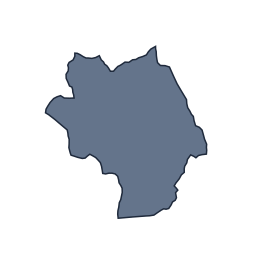 Monte Mor, São Paulo, Brazil, rotated 206°
{"feature_id": "56859067B95842262172084", "entity_name": "Monte Mor", "entity_type": "district", "adm_level": 2, "iso_a3": "BRA", "parent_name": "Brazil", "parent_adm1": "São Paulo", "projection": "robinson", "projection_center": [-47.299, -22.952], "detail": "fine", "context": "isolated", "style": "filled", "palette": "slate", "viewbox_px": 256, "rotation_deg": 206, "n_neighbors": 0, "source": "geoboundaries", "source_scale": "gbopen_adm2", "svg_char_len": 1924}
<svg xmlns="http://www.w3.org/2000/svg" viewBox="0 0 256 256"><g transform="rotate(206 128 128)"><path d="M173.9,87.8L172.5,84.4L170.9,82.5L169.0,80.3L167.3,78.6L164.8,79.0L160.3,79.6L155.7,80.6L153.3,82.2L152.2,85.0L150.8,87.7L146.8,87.5L144.1,87.3L141.4,86.3L137.7,84.8L135.0,82.0L132.4,78.4L130.8,76.1L128.0,76.9L125.4,79.0L122.5,80.4L119.4,81.1L116.1,80.1L113.8,77.4L112.0,74.8L109.3,73.2L106.9,71.3L104.9,67.5L103.8,63.1L103.1,60.4L103.1,57.1L101.6,52.8L100.8,49.3L99.5,46.1L97.3,42.6L85.3,49.8L73.5,56.7L70.1,58.6L66.5,61.1L64.5,64.7L62.2,68.7L60.5,71.0L58.2,71.7L56.1,73.5L55.5,77.8L55.6,81.0L53.9,83.7L53.9,86.6L56.9,90.7L56.0,94.0L58.2,95.1L61.1,96.2L60.8,99.8L59.7,104.6L59.5,109.3L58.0,112.8L59.6,116.0L60.3,118.5L59.9,122.4L60.8,125.8L59.9,131.3L56.4,131.4L53.9,131.0L52.6,134.2L49.8,136.5L46.1,138.9L47.5,142.5L49.0,144.9L50.2,147.9L54.3,151.5L56.8,154.4L60.5,158.6L64.1,159.9L68.3,159.7L71.8,163.5L74.4,167.1L77.0,168.1L79.8,170.3L83.2,172.4L85.8,175.6L87.9,179.2L96.7,184.9L103.2,189.2L109.4,194.2L117.5,201.0L122.0,200.3L126.3,198.4L130.1,199.7L132.1,202.3L134.1,205.3L136.2,209.1L137.8,211.1L139.0,213.4L140.6,211.1L142.1,208.9L143.1,205.4L143.5,201.8L146.1,198.7L149.2,195.8L150.9,193.1L153.8,191.3L156.0,187.4L159.6,185.9L161.1,183.2L162.5,180.9L164.1,178.9L165.3,175.3L165.9,172.7L168.7,171.3L171.9,173.4L174.4,174.7L177.0,175.1L178.9,176.6L181.9,177.5L185.5,180.4L188.0,177.1L191.0,174.7L194.3,173.5L196.5,172.5L199.6,172.5L203.2,172.9L206.3,172.9L208.6,172.0L207.2,169.1L207.2,165.1L209.7,161.1L209.7,158.1L207.9,156.0L206.8,153.1L207.2,149.1L205.3,145.5L202.0,142.8L199.0,140.1L196.4,140.2L194.7,138.4L193.2,135.9L191.4,134.0L189.6,131.3L193.7,129.1L198.4,127.0L202.8,127.5L205.5,124.9L207.7,121.9L209.2,116.8L209.7,112.4L209.9,109.0L208.8,105.5L205.2,105.2L197.4,103.6L192.5,102.3L181.8,99.6L179.9,97.2L178.3,94.6L175.9,92.0L173.9,87.8Z" fill="#64748b" stroke="#1e293b" stroke-width="1.5"/></g></svg>